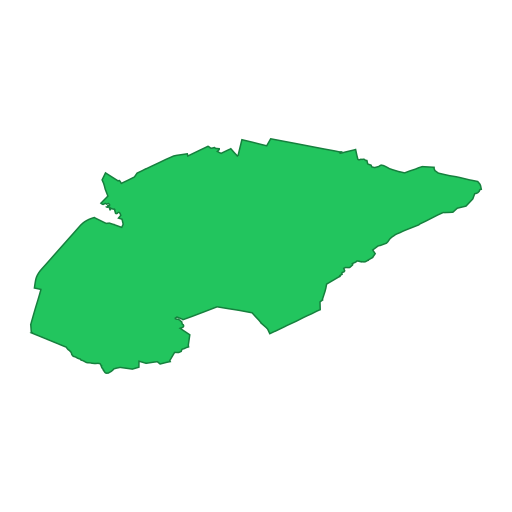 Zeltiņu pag., Aluksne, Latvia (Robinson projection)
{"feature_id": "27541924B11156685334807", "entity_name": "Zeltiņu pag.", "entity_type": "district", "adm_level": 2, "iso_a3": "LVA", "parent_name": "Latvia", "parent_adm1": "Aluksne", "projection": "robinson", "projection_center": [26.759, 57.345], "detail": "fine", "context": "isolated", "style": "filled", "palette": "green", "viewbox_px": 512, "rotation_deg": 0, "n_neighbors": 0, "source": "geoboundaries", "source_scale": "gbopen_adm2", "svg_char_len": 5971}
<svg xmlns="http://www.w3.org/2000/svg" viewBox="0 0 512 512"><path d="M269.8,333.7L274.6,331.4L275.3,331.2L284.8,326.6L286.9,325.5L295.2,321.7L296.1,321.3L303.5,317.5L307.7,315.5L311.6,313.8L316.7,311.2L319.6,309.9L320.2,309.7L320.0,301.9L322.4,300.1L322.2,300.0L325.0,291.4L325.8,288.3L326.6,284.1L330.7,281.7L336.3,278.4L339.7,276.4L339.8,276.5L340.1,276.2L339.8,275.6L342.1,274.3L341.8,273.2L342.3,272.4L343.9,271.9L344.7,270.8L343.7,268.4L343.8,268.3L345.5,267.5L348.8,267.6L349.2,267.6L349.6,267.5L350.2,267.1L352.6,264.9L352.7,264.7L352.6,264.3L352.3,263.6L352.8,263.4L353.0,263.3L353.6,263.0L354.3,262.7L355.0,262.5L355.2,262.3L355.9,261.9L356.3,261.7L356.8,261.1L357.5,261.0L357.9,261.1L358.1,261.1L358.7,261.2L359.0,261.3L359.5,261.3L359.7,261.5L360.7,261.7L361.1,261.7L361.3,261.9L361.9,261.7L362.2,261.8L362.8,261.8L363.1,261.9L363.4,261.8L363.5,261.8L364.2,261.9L364.8,261.8L365.4,261.7L365.7,261.6L366.1,261.3L366.9,260.9L367.6,260.5L368.0,260.4L367.9,260.2L372.8,257.4L372.9,257.0L374.5,254.7L375.2,253.7L372.7,250.0L377.7,246.2L378.8,245.7L380.2,245.5L386.4,243.2L387.8,241.8L388.7,240.5L390.0,238.7L392.1,236.9L394.1,235.6L395.0,234.9L396.6,234.0L400.1,232.6L402.5,231.4L404.3,230.6L406.0,229.9L418.7,224.9L420.1,223.8L425.8,221.1L437.7,215.0L443.2,212.5L444.4,212.6L449.8,212.4L452.9,212.2L455.4,209.9L457.3,208.2L466.0,206.1L472.8,198.9L474.7,193.7L476.6,193.3L477.9,192.6L479.2,191.3L479.9,189.6L481.3,189.3L480.7,186.3L480.6,185.8L479.9,184.1L477.7,181.5L472.3,180.4L469.5,179.9L459.7,177.5L455.9,176.7L454.1,176.4L449.6,175.7L444.7,174.6L438.3,173.1L434.8,170.5L434.8,170.4L434.6,169.9L434.5,169.5L434.1,168.7L434.1,167.3L422.3,166.6L418.5,167.8L415.5,169.1L409.6,171.0L404.6,172.9L399.4,171.7L399.4,171.8L392.2,169.6L390.8,169.1L389.3,168.6L388.0,167.8L385.7,166.6L383.6,165.6L382.7,165.4L381.1,165.1L379.9,165.7L378.8,166.5L377.6,166.8L374.6,167.6L374.3,167.5L372.9,167.2L372.2,167.0L371.8,166.9L371.5,166.2L371.2,165.5L371.1,165.2L370.9,165.1L368.0,164.1L367.6,163.6L367.5,163.2L367.4,162.6L366.9,160.5L366.5,160.4L365.9,160.6L364.2,159.3L363.6,159.2L362.3,159.4L360.7,159.3L359.4,159.8L358.8,159.8L357.9,159.4L356.8,155.1L355.6,149.5L353.9,150.0L345.4,152.0L342.4,152.8L340.2,153.3L339.7,152.6L340.7,151.9L339.4,151.9L334.6,150.9L324.7,149.1L307.5,145.8L295.6,143.5L284.4,141.4L270.7,138.8L266.7,145.8L259.4,144.0L252.8,142.3L241.9,139.7L241.0,143.4L238.2,155.0L238.3,155.1L237.3,156.0L236.1,154.6L234.1,152.5L232.9,151.1L230.9,148.8L230.8,148.7L230.4,149.0L228.5,149.8L221.6,153.1L221.4,153.2L221.2,153.4L219.2,152.5L217.3,151.4L217.8,151.0L218.7,150.1L219.2,149.6L219.2,148.7L215.5,148.4L214.5,147.5L211.8,148.2L210.6,148.1L209.6,147.3L208.5,146.5L208.0,146.3L199.6,150.3L187.8,156.0L187.3,153.8L176.4,155.4L173.6,156.0L170.7,157.3L165.9,159.4L159.9,162.3L151.8,166.1L148.7,167.6L145.7,169.0L145.6,168.9L142.2,170.7L137.1,173.1L134.4,177.0L128.2,180.1L121.3,183.4L121.0,182.9L120.7,182.3L119.8,181.0L119.3,180.5L118.5,180.7L118.1,180.9L105.5,172.9L102.1,179.9L103.6,183.3L104.4,185.9L105.2,189.1L107.9,196.1L100.9,203.2L101.3,203.5L101.9,203.9L102.3,204.2L102.5,204.3L103.1,204.4L103.4,204.4L104.6,203.7L105.1,203.4L105.4,203.4L105.7,203.5L106.2,203.9L106.4,204.1L106.6,204.1L107.0,204.1L107.7,203.6L108.2,203.4L108.7,203.7L109.5,204.5L109.7,205.0L109.0,205.5L108.8,205.9L108.3,205.7L107.7,205.8L107.6,206.1L107.8,206.6L107.5,206.8L107.0,206.9L106.7,207.0L107.2,207.3L107.6,207.2L107.9,207.1L108.3,207.0L108.8,207.2L109.9,207.5L110.0,207.6L109.5,208.3L109.6,208.6L109.9,208.9L110.0,209.0L110.1,209.4L109.9,209.6L110.0,209.8L110.4,209.7L110.6,209.1L110.3,208.8L110.6,208.2L111.5,208.6L112.7,209.0L113.4,209.1L113.6,209.2L113.8,209.2L114.1,209.1L114.4,209.1L114.6,209.3L114.8,209.6L114.9,209.9L114.9,210.1L114.7,210.4L114.7,210.6L114.7,210.8L114.9,211.1L115.2,211.4L115.3,212.3L115.3,212.7L115.5,213.2L115.7,213.4L115.9,213.5L116.1,213.6L116.4,213.6L116.6,213.6L116.9,213.5L117.2,213.4L117.6,212.8L118.0,212.6L118.4,212.4L118.7,212.4L119.0,212.4L119.4,212.6L119.7,212.9L119.9,213.2L120.2,213.7L120.5,214.5L120.8,215.4L120.6,215.6L118.5,218.1L122.0,219.2L123.2,224.2L121.7,227.4L113.7,224.5L113.7,224.4L113.3,224.4L109.4,223.1L106.1,223.4L95.1,218.0L94.4,217.5L93.0,217.9L90.9,218.6L89.1,219.3L87.3,220.2L85.2,221.4L83.5,222.6L83.0,223.0L82.0,223.9L80.7,225.1L77.0,229.3L72.2,234.7L57.1,251.7L45.8,264.5L42.0,268.7L40.1,270.9L38.7,272.9L37.5,274.9L36.6,276.8L36.0,278.6L35.5,280.8L35.1,283.2L34.4,288.0L35.3,288.2L40.9,289.4L40.9,289.7L39.2,295.7L38.1,299.4L35.5,307.9L33.5,314.8L30.7,324.7L30.8,325.0L31.3,332.1L31.9,332.5L31.3,332.8L65.1,346.7L65.6,346.8L66.0,347.0L66.6,347.7L67.5,348.9L67.9,349.3L68.0,349.5L68.8,350.1L69.5,350.5L69.8,350.9L70.1,351.3L70.5,351.7L71.0,352.2L71.4,353.0L71.7,354.3L72.2,355.1L73.0,356.1L73.8,356.5L75.0,356.8L75.4,356.9L76.1,357.3L77.4,358.1L78.9,358.7L80.4,359.1L80.6,359.6L81.1,360.1L81.8,360.3L82.9,360.6L86.2,362.4L87.2,362.7L89.6,362.8L90.6,362.9L91.7,363.2L92.5,363.3L93.6,363.4L94.3,363.5L95.0,363.5L95.9,363.5L96.9,363.4L97.8,363.3L99.2,363.5L100.2,363.8L100.5,364.3L101.0,365.4L101.5,365.7L101.3,366.0L101.3,366.4L101.6,367.1L102.2,368.2L102.8,368.9L103.6,370.1L103.4,370.2L105.0,372.5L106.1,373.2L108.2,373.1L111.2,371.4L112.8,370.1L113.8,368.9L116.2,368.2L120.1,367.4L132.4,369.1L138.9,367.2L139.0,361.2L146.1,363.3L154.0,362.1L157.3,361.7L160.1,364.0L166.8,362.3L170.2,361.6L169.7,360.7L174.6,352.4L177.2,352.5L178.7,352.5L181.2,351.4L181.9,349.4L182.4,349.1L184.0,348.7L186.5,347.5L188.6,346.9L188.3,345.1L189.8,334.8L180.1,328.3L182.9,327.3L183.7,326.0L183.3,324.8L182.3,324.2L181.6,321.6L180.5,321.0L179.7,320.1L178.0,319.2L176.7,319.3L175.3,318.7L175.3,318.0L176.9,317.1L177.0,317.0L181.9,319.0L182.3,319.2L182.9,319.7L192.6,316.2L200.7,313.1L203.9,311.9L217.1,306.8L226.1,308.3L228.5,308.7L235.1,309.7L240.0,310.5L252.1,312.8L254.5,315.5L255.3,316.4L258.9,320.2L261.1,322.9L261.0,323.0L266.5,327.8L266.6,328.0L267.6,329.0L269.8,333.7Z" fill="#22c55e" stroke="#15803d" stroke-width="1.5"/></svg>